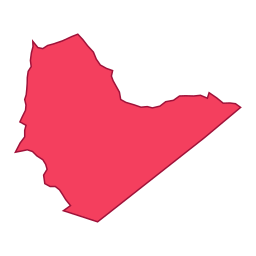 Jundiá, Alagoas, Brazil (orthographic projection)
{"feature_id": "56859067B87554604652350", "entity_name": "Jundiá", "entity_type": "district", "adm_level": 2, "iso_a3": "BRA", "parent_name": "Brazil", "parent_adm1": "Alagoas", "projection": "orthographic", "projection_center": [-35.546, -8.962], "detail": "fine", "context": "isolated", "style": "filled", "palette": "rose", "viewbox_px": 256, "rotation_deg": 0, "n_neighbors": 0, "source": "geoboundaries", "source_scale": "gbopen_adm2", "svg_char_len": 970}
<svg xmlns="http://www.w3.org/2000/svg" viewBox="0 0 256 256"><path d="M32.8,41.3L33.0,46.6L31.4,52.9L30.4,60.5L31.2,66.6L28.2,71.3L27.3,77.5L27.2,83.2L26.8,88.9L26.2,94.8L24.7,99.5L26.0,105.1L25.5,110.3L22.3,116.7L19.9,121.9L26.0,125.3L24.7,130.3L24.7,136.9L20.2,142.9L15.4,152.2L22.1,150.9L27.3,149.8L32.5,151.5L36.9,155.9L42.9,159.8L45.7,164.4L47.1,169.3L43.6,175.1L44.8,183.6L50.1,186.5L55.3,186.5L59.5,189.8L62.7,194.7L65.7,199.6L70.5,205.6L63.4,210.7L97.6,221.8L113.9,209.0L204.4,137.7L240.6,107.4L235.5,103.7L229.9,103.0L223.2,103.2L216.7,97.9L209.1,92.7L207.4,98.2L200.5,95.3L193.8,96.0L185.5,95.8L179.5,96.0L173.5,100.3L165.7,101.7L160.0,106.1L152.4,107.9L147.3,106.6L141.0,107.2L134.0,104.8L125.9,102.4L120.7,99.5L119.4,92.1L113.1,80.8L111.4,76.1L112.6,70.6L106.4,68.4L100.3,65.0L96.3,59.2L93.4,52.1L87.6,45.8L82.9,39.7L77.8,34.2L71.7,36.6L62.6,40.8L53.5,43.9L47.6,45.5L42.8,48.6L37.9,47.6L32.8,41.3Z" fill="#f43f5e" stroke="#9f1239" stroke-width="1.5"/></svg>